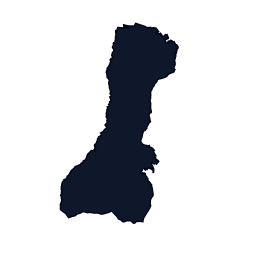 the district of Baia De Fier, Gorj, Romania, rotated 198°
{"feature_id": "2599482B13335657184953", "entity_name": "Baia De Fier", "entity_type": "district", "adm_level": 2, "iso_a3": "ROU", "parent_name": "Romania", "parent_adm1": "Gorj", "projection": "robinson", "projection_center": [23.743, 45.243], "detail": "fine", "context": "isolated", "style": "filled", "palette": "ink", "viewbox_px": 256, "rotation_deg": 198, "n_neighbors": 0, "source": "geoboundaries", "source_scale": "gbopen_adm2", "svg_char_len": 5868}
<svg xmlns="http://www.w3.org/2000/svg" viewBox="0 0 256 256"><g transform="rotate(198 128 128)"><path d="M153.0,229.9L153.3,228.9L153.3,227.1L153.7,226.9L157.1,225.7L160.3,225.0L164.0,224.8L163.1,222.6L159.7,223.6L159.2,222.9L163.2,221.7L168.7,220.5L168.8,217.7L169.2,217.1L169.8,216.9L169.2,214.9L168.6,214.1L168.1,212.1L168.1,210.8L167.6,209.9L167.5,208.7L167.0,207.9L167.2,207.0L167.0,205.2L167.9,204.7L168.1,204.2L168.0,203.6L167.6,203.2L167.5,202.0L167.8,200.2L167.3,199.4L166.0,198.8L165.6,197.6L165.1,196.9L166.0,195.0L166.1,194.1L165.7,193.1L166.1,192.3L165.2,191.3L164.6,191.1L164.5,190.6L164.5,190.2L165.4,188.9L166.0,187.3L165.8,186.8L165.2,186.4L164.9,185.9L165.2,184.5L165.0,183.8L165.2,181.9L165.8,179.2L166.3,178.3L165.9,177.5L165.1,177.2L166.0,176.2L166.1,175.8L165.8,175.2L165.9,174.3L165.2,173.8L163.3,169.5L161.5,168.8L160.3,167.0L160.1,166.5L160.4,165.9L160.3,165.0L159.7,164.2L159.6,163.5L158.5,162.0L158.2,160.6L157.4,159.5L156.5,159.0L156.5,158.1L156.3,157.8L155.1,157.3L154.9,157.0L155.7,156.1L155.8,155.2L155.4,154.8L154.6,154.8L154.3,154.6L154.2,153.7L153.8,152.9L153.9,152.6L154.9,152.0L152.8,149.2L152.7,148.8L152.9,148.1L153.6,147.4L153.1,146.0L153.7,144.2L152.8,143.6L152.7,142.6L153.0,142.2L154.2,141.7L153.2,140.4L153.2,139.9L153.7,139.5L153.7,138.6L153.0,136.7L153.2,136.2L153.1,135.4L153.2,134.8L152.5,134.2L152.3,133.5L151.8,133.3L152.4,132.3L150.8,130.6L150.4,129.9L150.4,128.5L149.8,127.8L149.5,126.0L150.3,125.0L150.1,124.4L150.7,123.8L148.6,122.2L148.1,121.1L149.0,120.5L149.9,119.1L150.3,117.0L151.1,116.2L151.7,115.8L152.5,114.7L151.4,114.2L151.3,112.7L152.0,112.1L152.2,111.2L153.2,110.5L153.1,109.6L153.6,108.2L153.2,106.4L153.5,105.6L153.5,103.3L154.5,102.1L154.4,100.6L153.4,99.8L153.4,98.3L153.0,97.8L151.9,97.1L151.8,96.7L152.4,96.3L153.9,96.4L154.1,95.5L154.4,95.2L156.1,95.2L156.4,93.7L156.9,93.3L157.0,92.8L157.8,91.5L158.3,90.2L158.4,88.6L158.2,86.8L158.5,86.1L158.4,85.6L158.7,84.4L160.3,83.0L160.4,82.0L160.1,81.4L161.7,79.9L161.9,78.6L162.1,78.3L163.3,77.6L163.7,76.9L165.3,75.8L166.4,74.8L166.4,74.0L169.1,69.2L168.9,68.2L169.6,66.9L169.5,65.8L169.8,65.2L170.0,64.2L170.9,63.5L170.7,61.3L171.8,59.8L172.9,59.1L172.5,58.5L173.5,56.8L173.6,55.4L173.6,54.1L173.1,52.3L173.3,51.7L172.9,51.1L172.9,50.2L172.4,49.8L172.5,49.1L171.8,48.3L171.6,47.4L171.6,46.6L171.3,46.3L171.3,45.9L170.7,45.3L171.2,44.0L171.1,43.1L170.0,41.7L169.4,40.2L168.9,39.6L168.8,38.9L168.3,38.5L168.6,37.0L168.4,36.3L168.7,35.4L168.6,34.0L167.8,32.4L167.6,31.1L167.0,29.7L166.0,29.1L160.5,27.3L156.8,24.4L154.2,26.4L151.6,28.0L150.9,28.6L150.1,30.2L149.4,30.9L148.3,31.4L146.5,32.9L144.6,34.8L140.2,34.9L138.6,35.9L133.3,36.8L131.5,37.6L129.4,37.9L127.1,37.8L125.8,38.2L120.1,41.9L118.1,44.2L111.3,40.5L109.0,38.6L106.1,38.3L104.4,37.4L103.5,37.3L102.8,37.5L100.7,39.3L97.1,40.6L95.8,40.3L93.5,39.2L92.5,39.4L92.1,39.9L91.5,41.2L90.5,42.0L87.7,43.0L84.9,43.5L85.1,44.2L85.4,46.9L82.5,59.1L82.8,59.7L82.4,60.5L82.6,61.4L83.6,62.9L84.4,66.3L84.4,67.6L84.0,69.5L83.4,71.0L83.5,72.4L86.7,78.8L87.6,79.9L88.0,81.1L88.4,80.9L89.2,82.1L89.7,82.5L89.9,82.3L91.2,83.5L92.2,83.6L93.1,84.9L93.5,85.9L93.9,85.6L95.2,87.5L95.9,87.7L96.7,88.3L97.2,89.5L97.7,90.1L98.2,90.2L99.2,89.9L100.1,90.0L100.5,89.6L100.4,88.7L100.7,89.1L102.3,89.6L101.4,92.2L101.4,93.7L100.6,94.7L100.0,94.8L99.3,93.7L98.2,93.5L98.2,94.0L97.5,94.5L97.6,95.0L97.0,94.8L96.9,95.7L96.1,96.1L95.7,96.5L94.8,96.2L94.5,96.4L94.6,96.8L93.3,96.6L93.3,96.1L92.1,95.8L92.1,96.1L92.8,96.5L92.6,96.7L92.1,96.6L90.8,95.1L90.6,93.7L90.3,93.5L90.1,93.6L90.0,94.0L90.6,96.1L91.3,97.6L92.1,98.2L93.0,99.6L93.5,99.6L94.3,100.7L94.9,102.2L94.6,102.3L91.9,101.9L91.8,102.3L90.7,102.7L89.7,102.5L88.5,105.7L89.5,106.4L91.1,106.8L92.1,107.3L92.5,107.7L92.6,108.5L94.0,109.3L93.6,110.6L93.4,110.6L95.5,112.3L96.5,113.9L96.6,114.8L96.3,115.0L97.6,115.8L98.4,116.3L101.9,116.8L102.3,117.8L103.0,117.4L106.9,116.8L109.3,117.1L111.5,118.7L112.1,120.3L111.9,122.7L112.4,127.7L112.3,129.9L111.0,131.1L110.2,133.2L110.1,133.8L110.5,134.5L110.5,135.1L110.1,135.8L110.2,136.6L109.8,137.4L109.9,138.4L108.8,140.6L108.7,141.3L109.4,141.9L110.4,144.1L111.5,145.5L112.2,147.5L112.2,148.0L111.7,149.1L110.9,149.6L110.8,150.1L110.9,150.8L111.7,152.0L111.9,152.8L113.1,153.7L112.8,154.6L113.6,156.3L113.5,156.9L113.9,157.3L114.0,158.4L115.2,160.2L115.6,161.1L115.8,162.2L115.7,163.4L116.2,164.4L116.5,166.2L117.2,167.5L117.2,168.3L117.8,169.4L117.5,170.9L117.2,171.3L117.5,172.3L117.2,172.9L117.1,174.2L116.4,176.0L116.1,178.7L115.2,180.3L114.9,181.4L115.0,182.4L114.8,183.2L114.2,183.6L114.0,184.2L112.8,184.6L111.9,185.4L111.0,185.7L110.4,186.3L108.3,187.8L106.7,189.9L106.4,191.3L105.3,192.5L105.1,193.0L104.4,193.2L103.8,193.9L102.2,194.9L101.6,195.9L101.8,197.1L101.4,198.0L103.1,199.1L103.1,200.0L102.8,200.4L103.1,201.3L102.8,201.8L102.9,203.3L103.4,204.2L103.4,204.7L104.4,205.9L104.5,207.0L105.0,207.7L104.5,208.6L105.0,209.3L104.8,210.0L104.8,211.2L105.2,212.5L105.5,212.8L106.1,213.0L106.3,213.5L106.2,213.8L105.5,213.9L105.2,214.2L105.7,214.9L105.3,215.3L105.5,215.8L105.5,217.2L106.2,217.9L105.3,218.9L105.7,219.2L105.3,220.2L105.7,220.9L107.5,222.2L108.1,222.0L108.7,222.2L110.9,224.3L112.0,223.6L112.3,223.7L112.6,224.1L112.8,224.0L113.1,224.4L114.4,224.6L114.4,224.2L116.6,222.9L116.5,222.4L115.5,221.9L115.5,221.5L117.9,220.8L120.8,223.7L119.5,224.1L119.0,224.0L118.7,224.3L119.1,224.7L118.5,224.6L118.2,224.9L117.9,225.3L117.4,225.5L117.3,226.0L119.7,228.9L120.3,228.5L121.1,228.5L122.0,226.9L122.1,226.4L123.0,225.6L125.1,227.2L125.7,226.5L126.3,226.9L125.3,227.4L126.4,228.2L127.4,227.1L128.3,227.5L128.8,227.2L128.1,226.6L128.4,226.4L129.0,227.0L129.5,226.6L130.6,227.6L128.8,229.2L132.1,231.6L132.9,231.5L132.1,230.7L132.4,230.5L133.4,231.4L135.1,231.2L136.7,229.9L137.4,230.7L140.7,229.4L142.5,229.3L142.7,229.8L143.4,229.8L153.0,229.9Z" fill="#0f172a" stroke="#020617" stroke-width="1.5"/></g></svg>